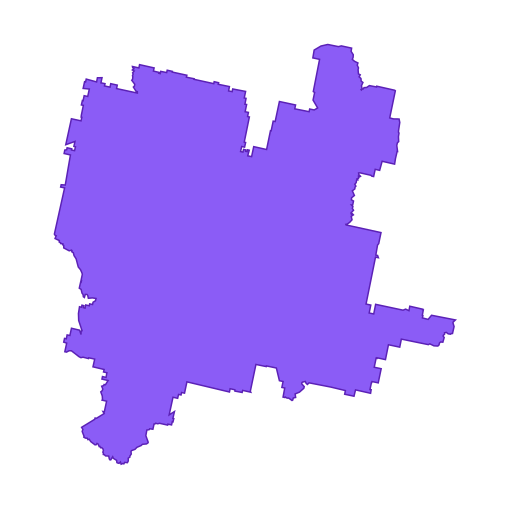 Gunnedah, New South Wales, Australia (Robinson projection), rotated 183°
{"feature_id": "25037944B84147386402076", "entity_name": "Gunnedah", "entity_type": "district", "adm_level": 2, "iso_a3": "AUS", "parent_name": "Australia", "parent_adm1": "New South Wales", "projection": "robinson", "projection_center": [150.062, -31.024], "detail": "fine", "context": "isolated", "style": "filled", "palette": "violet", "viewbox_px": 512, "rotation_deg": 183, "n_neighbors": 0, "source": "geoboundaries", "source_scale": "gbopen_adm2", "svg_char_len": 6047}
<svg xmlns="http://www.w3.org/2000/svg" viewBox="0 0 512 512"><g transform="rotate(183 256 256)"><path d="M64.8,186.6L63.6,187.8L63.7,189.2L62.0,189.7L60.0,188.3L57.5,188.1L57.0,188.8L55.7,188.9L54.5,195.9L55.8,199.5L55.7,200.3L53.5,202.6L77.6,206.0L80.8,201.7L86.6,202.9L86.2,205.2L86.8,205.5L86.1,211.0L86.8,211.1L86.7,211.6L99.8,213.9L100.4,209.4L103.8,210.8L106.3,209.6L134.0,214.0L135.4,204.3L140.0,205.0L138.8,213.0L143.6,213.8L136.6,261.1L133.7,260.7L134.6,262.9L136.4,263.2L135.2,273.3L134.1,274.8L132.4,285.9L167.6,291.7L167.9,292.3L166.8,292.5L164.3,294.4L162.0,297.2L163.0,300.6L160.9,302.2L161.9,303.2L162.9,302.7L163.4,303.9L161.0,306.8L162.3,308.6L161.8,310.4L163.4,312.0L162.1,312.1L161.5,316.0L163.7,317.1L163.6,319.1L160.9,321.6L163.2,326.1L160.8,328.2L160.8,329.8L159.9,331.0L161.1,332.8L159.8,334.5L159.5,337.2L158.4,337.3L159.0,338.5L157.7,338.8L157.8,340.8L157.1,340.2L155.8,341.1L157.6,342.7L157.9,344.3L156.5,344.5L145.4,342.6L144.6,341.8L142.7,341.5L141.5,348.8L137.0,348.0L135.0,357.2L122.4,355.0L121.8,360.7L120.5,368.0L120.1,367.9L121.2,373.8L120.7,376.5L119.5,377.7L120.0,382.6L119.6,386.3L120.2,387.0L120.2,388.8L119.4,396.9L120.3,400.3L125.9,400.1L129.7,400.9L125.5,428.3L126.2,428.8L144.3,431.9L144.4,431.1L151.7,432.1L154.3,430.1L156.9,429.8L157.6,428.5L159.1,428.0L159.4,427.3L159.8,427.6L158.8,428.6L159.6,431.5L158.3,434.9L160.1,436.1L160.5,438.8L162.4,440.3L161.4,442.4L163.2,443.2L163.8,447.4L163.5,449.2L164.9,451.9L164.3,454.1L167.8,455.6L170.1,457.4L169.4,459.6L169.4,462.1L171.7,465.3L171.4,468.6L181.8,470.3L184.6,469.4L195.4,471.0L202.1,469.1L208.7,464.7L209.6,456.8L202.8,455.7L207.4,423.2L206.0,422.4L207.2,414.7L202.2,407.1L205.5,404.9L210.1,405.6L210.5,402.9L225.0,405.0L224.4,408.9L240.7,411.5L243.9,391.3L245.9,391.6L247.4,381.8L248.1,381.9L251.0,362.9L264.0,365.1L265.6,355.0L269.5,355.6L268.3,361.3L270.0,361.6L270.3,359.8L271.9,360.0L271.7,361.4L274.0,361.8L274.5,359.1L276.9,359.5L276.0,364.6L273.1,364.1L272.3,368.8L273.7,369.1L269.9,394.5L271.7,394.8L271.1,399.0L274.4,399.5L273.3,406.8L275.0,407.0L274.2,412.9L276.0,413.2L275.0,419.8L288.0,421.6L288.4,418.9L292.0,419.4L291.4,423.8L302.7,425.5L302.4,427.1L306.9,427.9L307.2,425.9L327.2,429.2L327.1,429.8L334.9,430.9L334.5,432.9L349.3,435.3L349.2,436.0L354.4,436.9L354.8,434.5L360.8,435.4L361.2,433.1L362.7,433.4L362.5,434.3L368.1,435.3L367.6,438.5L382.3,441.0L382.8,437.7L389.3,438.8L389.0,437.6L388.2,437.6L387.7,436.6L389.2,435.3L387.3,434.4L388.8,432.5L388.2,431.3L388.8,429.5L388.4,428.8L388.5,426.0L389.3,425.0L386.1,421.2L386.3,419.3L387.3,418.3L384.4,414.2L383.1,413.9L383.0,412.5L404.0,415.9L403.5,419.4L410.1,420.5L410.6,417.0L416.2,417.9L415.8,420.2L419.9,420.8L419.1,426.0L423.7,425.7L424.3,421.5L434.8,423.8L435.3,420.9L436.3,421.1L437.4,414.3L431.2,414.0L432.4,406.5L436.0,407.1L436.8,402.0L437.5,402.2L438.3,397.7L436.3,397.4L437.8,387.4L437.9,385.5L437.2,385.4L437.8,381.8L447.5,383.4L451.8,357.2L442.8,360.9L443.6,355.9L442.0,355.6L442.7,351.7L445.8,352.2L445.6,353.4L450.3,354.2L450.6,352.2L452.5,351.8L453.0,348.3L446.6,347.2L450.2,316.9L454.3,317.0L454.7,314.6L450.7,314.0L458.5,267.3L457.5,265.9L456.6,265.7L457.6,262.9L453.2,261.1L453.3,259.7L451.7,258.8L451.7,258.2L449.5,258.0L449.6,257.1L448.6,256.5L448.4,254.0L442.8,251.4L440.5,252.2L440.0,251.6L440.2,250.6L438.6,249.7L437.7,246.8L435.5,243.8L432.9,235.7L430.5,233.1L428.8,229.7L428.5,228.5L429.5,222.1L429.0,222.2L429.3,220.5L429.8,220.6L430.8,214.6L428.9,213.5L427.8,209.8L426.7,208.5L426.3,206.3L425.2,205.6L424.5,208.7L422.8,208.8L422.0,207.9L421.2,205.0L417.2,205.6L413.5,205.2L414.0,202.9L416.3,201.3L416.7,199.0L419.6,199.5L419.9,197.6L423.5,198.2L424.0,195.0L425.7,195.4L425.4,197.4L427.2,197.8L427.6,195.7L429.6,196.1L430.3,189.3L429.7,182.3L425.8,172.3L426.7,171.7L426.6,168.4L428.3,172.7L436.5,174.2L437.7,166.9L440.5,167.3L441.1,163.4L442.9,163.7L443.5,159.9L440.5,159.1L441.9,150.4L440.2,150.1L437.7,151.6L435.4,151.7L427.5,146.2L425.5,145.3L423.5,145.9L417.9,144.8L417.7,145.6L411.7,144.6L413.0,136.8L401.7,134.7L402.2,132.2L398.8,131.6L399.4,126.9L403.0,127.6L403.4,125.0L397.2,123.9L399.6,119.6L401.0,119.7L401.3,118.6L403.3,117.9L402.0,115.1L402.6,113.4L403.9,112.2L402.2,108.2L401.8,104.9L402.2,104.0L397.6,103.2L399.3,92.5L400.7,92.7L399.4,90.7L406.8,85.6L408.2,85.8L408.5,84.5L421.2,75.8L419.8,73.8L420.4,71.7L418.3,67.0L418.5,66.1L416.8,65.2L415.0,65.2L414.2,63.8L413.0,64.3L411.3,62.0L406.9,59.0L405.7,59.2L405.0,60.5L404.0,60.1L402.6,57.5L401.9,57.7L401.2,56.4L400.1,56.6L398.7,55.3L398.2,53.7L398.7,52.1L398.1,51.3L398.1,49.8L397.0,49.6L395.8,48.5L392.6,48.5L391.9,45.7L391.2,44.8L390.4,44.8L388.6,48.0L387.9,46.5L384.5,44.6L384.1,42.4L383.5,42.1L381.9,41.8L380.6,43.2L379.8,41.0L378.2,41.8L377.1,41.5L376.4,43.0L373.6,42.9L372.8,44.7L373.0,47.4L371.4,48.6L371.5,49.6L370.2,51.7L370.6,54.1L370.2,55.1L366.7,56.6L364.9,58.7L360.8,60.7L359.6,62.0L355.5,62.6L354.1,63.7L353.9,64.4L356.6,70.8L355.9,76.5L353.6,77.0L353.1,77.9L349.9,77.6L349.0,82.9L348.1,83.0L347.5,83.7L345.3,83.3L343.6,83.9L335.4,82.5L335.2,83.5L331.5,82.9L330.9,86.2L330.2,86.0L329.6,89.3L330.5,89.4L329.3,96.4L334.4,92.8L331.5,110.6L326.8,109.8L326.1,113.7L323.6,113.3L323.2,115.8L320.2,115.3L318.4,126.7L275.4,118.8L274.9,122.1L270.1,121.3L270.0,120.0L262.7,119.0L262.3,121.1L254.1,119.7L254.6,120.6L250.4,147.7L240.0,146.1L239.9,146.8L229.8,145.2L226.1,132.7L222.4,132.1L223.3,126.1L220.4,125.7L221.6,116.5L219.8,116.2L219.5,116.7L217.5,115.7L215.9,115.8L212.5,113.6L211.8,114.0L211.3,116.2L209.0,116.8L209.7,120.3L205.5,122.3L201.3,126.4L201.0,128.1L203.6,130.7L203.6,131.7L203.2,132.4L200.2,133.3L199.4,131.6L198.0,130.4L196.3,132.1L174.3,129.0L159.7,126.3L160.2,122.6L150.8,121.1L149.6,127.5L134.4,124.9L134.0,128.5L135.2,128.6L134.1,135.6L133.8,135.6L133.6,136.7L127.3,135.7L125.1,150.0L132.1,151.1L130.7,160.3L129.8,160.1L129.8,160.7L121.3,159.3L119.1,174.3L107.7,172.5L106.5,180.6L79.2,176.5L77.9,177.4L73.6,175.6L69.7,175.6L68.6,176.7L68.2,178.8L67.1,179.8L64.9,179.7L63.8,184.4L64.9,185.8L64.8,186.6Z" fill="#8b5cf6" stroke="#5b21b6" stroke-width="1.5"/></g></svg>